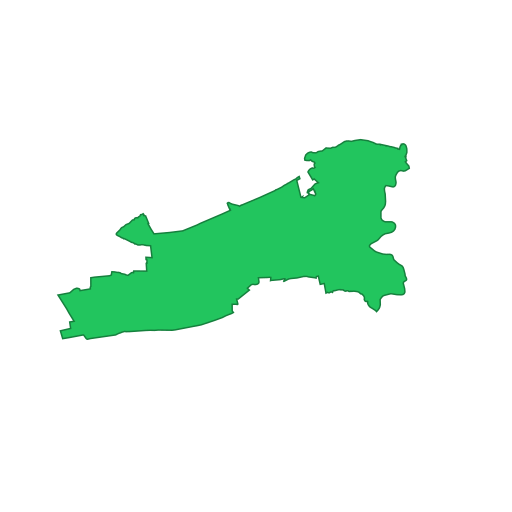 outline of Darabani, Botosani, Romania, rotated 123°
{"feature_id": "2599482B62501591504482", "entity_name": "Darabani", "entity_type": "district", "adm_level": 2, "iso_a3": "ROU", "parent_name": "Romania", "parent_adm1": "Botosani", "projection": "albers", "projection_center": [26.601, 48.175], "detail": "fine", "context": "isolated", "style": "filled", "palette": "green", "viewbox_px": 512, "rotation_deg": 123, "n_neighbors": 0, "source": "geoboundaries", "source_scale": "gbopen_adm2", "svg_char_len": 6085}
<svg xmlns="http://www.w3.org/2000/svg" viewBox="0 0 512 512"><g transform="rotate(123 256 256)"><path d="M416.3,357.1L417.7,353.5L417.8,352.5L417.6,352.0L415.3,349.8L398.6,330.7L396.6,329.6L394.6,328.2L394.2,327.7L393.2,327.2L390.7,325.0L390.3,323.9L388.1,320.7L378.6,308.1L375.9,304.3L373.7,300.7L371.3,297.6L364.0,286.0L362.1,283.7L343.6,264.5L332.7,255.8L325.9,250.7L322.4,248.7L317.2,245.0L315.7,244.2L315.1,245.8L314.8,246.2L309.5,249.7L307.1,246.1L307.0,245.4L306.5,245.0L306.0,245.2L302.7,248.8L301.8,247.5L288.2,243.0L288.0,244.6L287.7,245.7L282.6,244.3L281.6,243.4L281.0,242.4L280.6,241.3L279.2,239.8L278.4,239.3L277.1,239.0L276.1,239.4L272.9,242.1L267.7,234.6L266.5,233.1L265.9,231.9L268.7,230.4L268.2,230.0L262.6,222.8L259.8,220.1L259.4,219.3L260.2,219.0L262.6,219.1L257.5,216.1L256.0,214.6L252.1,209.7L247.1,204.8L245.4,202.2L244.9,200.5L242.2,194.8L241.8,193.6L241.3,193.9L240.3,194.1L238.9,192.8L244.8,186.7L241.9,183.8L249.0,177.1L247.6,176.3L247.5,175.6L247.0,174.5L245.4,173.7L245.0,173.0L244.9,172.0L244.6,172.0L243.6,172.3L242.9,172.1L242.4,171.6L242.4,171.2L239.7,168.8L238.6,167.5L238.5,166.9L238.0,166.6L238.0,166.2L237.7,165.8L237.6,165.3L237.1,164.9L236.9,164.3L237.1,163.8L236.9,163.3L237.1,162.8L236.8,161.9L236.5,161.4L235.8,161.1L235.3,160.3L235.0,159.5L235.1,158.8L234.5,157.7L233.8,157.3L233.6,156.5L232.4,155.1L231.9,154.2L230.7,151.6L230.3,150.1L230.7,147.6L230.2,146.3L230.7,144.3L231.1,143.3L231.7,142.6L232.4,142.0L233.3,141.7L234.1,140.7L234.4,139.8L234.2,138.7L233.6,138.3L233.3,137.6L234.9,136.5L235.7,135.4L236.6,133.2L236.7,132.0L236.6,129.9L236.6,126.5L236.8,125.2L237.0,124.6L234.5,124.2L232.7,124.2L231.5,124.4L229.2,125.2L224.9,128.2L223.1,128.2L220.7,127.9L219.2,127.0L214.4,122.6L213.8,121.6L211.7,116.8L209.4,113.0L208.3,111.8L206.8,111.2L205.1,111.5L202.5,113.5L198.5,117.8L197.3,118.0L194.5,116.8L194.0,116.8L193.5,117.0L192.7,117.8L191.3,120.2L190.0,121.2L186.6,124.9L185.6,126.2L185.1,127.2L184.8,128.2L185.0,131.5L184.8,134.2L184.0,138.5L181.8,141.0L181.3,142.0L181.2,142.5L181.3,143.6L181.7,144.7L183.7,147.6L185.3,150.7L187.1,157.3L187.2,159.5L186.5,165.7L185.7,166.4L184.6,166.5L182.9,166.1L177.4,163.0L175.8,162.4L171.4,161.8L169.0,160.9L167.0,159.8L164.3,157.0L162.2,155.2L160.1,154.3L157.9,154.1L155.8,154.7L154.8,155.3L154.0,156.0L153.2,157.6L153.2,158.1L153.2,159.3L153.3,160.4L153.8,161.4L156.9,166.1L157.3,167.8L157.2,170.0L156.1,171.9L150.9,175.3L149.8,175.6L145.9,175.1L143.6,175.3L142.0,175.8L139.6,177.1L133.7,181.4L131.7,183.4L129.5,185.1L127.8,185.5L126.2,185.4L125.2,183.4L123.7,179.3L123.1,178.3L122.1,177.7L120.5,177.6L118.4,178.4L117.5,179.1L115.5,181.0L113.8,182.3L111.6,182.8L108.8,182.9L107.1,182.5L105.4,181.1L104.4,178.4L103.2,177.2L99.0,175.2L97.8,176.3L97.0,177.4L97.0,178.1L95.7,182.0L94.0,181.5L91.2,185.3L90.9,185.2L90.8,184.5L89.8,185.2L87.2,185.8L85.9,186.6L84.0,187.9L82.7,189.3L81.7,190.6L81.5,191.3L81.4,192.3L81.5,193.1L82.0,193.9L83.0,194.9L83.4,194.4L84.4,195.0L84.8,194.7L86.1,194.6L88.4,193.7L89.0,195.3L88.5,195.6L89.5,198.1L89.6,198.9L90.9,202.6L91.4,203.1L91.5,204.1L92.0,205.6L92.3,206.2L92.9,206.8L92.9,207.0L92.6,207.1L94.5,212.1L95.0,212.3L94.7,212.7L94.7,212.9L96.5,215.6L96.6,216.5L96.9,216.9L96.7,217.8L97.0,218.5L96.9,219.0L97.0,219.5L97.7,222.1L98.3,224.8L101.5,231.7L105.3,236.0L107.9,238.4L109.1,241.0L110.5,243.0L111.1,243.3L111.8,244.1L115.1,245.5L117.2,246.5L118.1,247.2L119.3,247.5L121.7,248.7L123.1,250.9L125.0,252.1L126.6,254.8L127.2,256.1L131.2,257.4L132.1,257.9L132.9,259.0L134.6,260.8L136.1,261.4L137.0,262.1L138.4,264.6L138.7,266.4L140.0,267.7L141.6,268.7L144.2,269.3L147.7,268.4L149.0,267.2L148.3,265.5L146.9,263.2L145.6,262.7L145.7,262.1L145.8,262.2L146.0,260.8L145.9,259.8L145.5,258.3L145.6,257.7L146.2,257.1L146.9,257.3L147.8,256.9L149.2,255.6L149.5,254.7L150.9,255.3L151.5,256.2L151.5,256.8L153.4,257.9L155.2,258.3L156.8,258.3L157.3,258.1L161.3,249.9L159.7,249.2L160.6,243.6L162.1,244.8L163.5,245.7L169.3,246.6L171.9,248.2L172.5,248.2L174.7,247.7L174.8,247.6L174.5,247.4L175.1,245.9L174.7,245.5L173.8,246.7L172.3,246.6L172.1,246.6L172.2,246.2L170.1,245.1L168.4,244.6L169.9,242.1L169.6,241.9L170.2,241.2L170.4,241.4L171.3,239.8L171.5,239.9L172.2,239.4L173.5,239.6L173.7,240.5L175.0,244.4L180.7,246.9L181.7,249.1L181.7,249.3L181.1,249.4L182.2,249.9L182.3,250.3L170.4,263.0L167.3,261.3L165.8,263.1L167.8,264.1L169.6,264.5L171.5,265.7L177.4,268.6L178.1,269.2L178.9,269.3L181.2,270.7L184.4,272.0L188.8,274.6L189.7,275.4L190.8,275.7L204.9,284.7L220.8,295.5L221.3,295.8L221.3,296.1L223.3,296.9L223.2,297.6L223.5,298.6L225.5,304.3L225.8,306.0L225.9,307.8L226.4,308.5L227.4,308.8L228.7,306.9L228.8,307.0L229.6,305.8L231.1,303.5L230.8,303.3L231.5,302.3L239.0,307.1L259.0,320.5L262.1,322.3L274.9,331.2L283.4,341.3L293.0,353.6L290.7,358.6L287.8,364.1L287.2,363.7L283.2,369.4L283.0,370.0L282.6,370.2L282.8,371.6L283.2,372.2L282.4,372.6L282.1,373.2L282.0,373.7L282.5,373.8L283.8,374.7L284.2,375.3L285.8,375.1L287.4,375.9L288.1,375.8L288.4,376.0L288.9,377.0L289.9,378.0L291.1,378.2L292.0,377.9L293.1,379.2L297.7,380.1L300.5,382.1L303.5,382.9L305.2,384.0L306.3,384.3L308.0,384.3L312.5,385.3L313.3,385.3L313.9,385.0L314.2,384.5L314.2,383.8L314.2,382.9L313.9,380.9L313.9,378.6L313.6,378.0L313.5,376.5L313.6,376.1L313.1,375.7L312.4,369.4L312.4,368.0L311.7,366.1L311.8,365.0L311.7,364.5L311.9,364.0L311.5,363.8L311.2,362.3L311.1,361.1L309.8,359.1L309.0,358.4L308.0,356.8L307.6,355.4L307.1,354.5L307.1,354.0L304.8,350.0L314.0,342.3L317.0,347.6L318.8,346.3L318.4,345.7L319.3,344.9L321.1,343.7L321.2,343.9L321.7,343.6L322.0,344.0L328.2,339.4L335.1,350.3L336.7,349.6L337.0,350.6L338.0,351.4L342.0,352.8L342.7,354.9L342.7,355.9L344.1,359.3L344.2,360.1L344.0,360.4L344.5,362.1L345.4,363.6L346.3,365.8L347.7,368.3L350.8,367.0L352.3,368.0L361.7,379.9L364.2,382.7L371.5,377.9L372.4,378.0L373.8,377.0L380.9,384.7L379.9,385.7L379.8,386.4L380.2,387.9L380.8,389.0L383.3,390.7L388.3,392.1L396.6,400.8L403.4,386.0L405.7,381.7L409.8,373.0L412.8,376.3L417.7,372.0L425.3,379.3L430.6,373.1L426.3,368.4L416.3,357.9L416.2,357.7L416.3,357.1Z" fill="#22c55e" stroke="#15803d" stroke-width="1.5"/></g></svg>